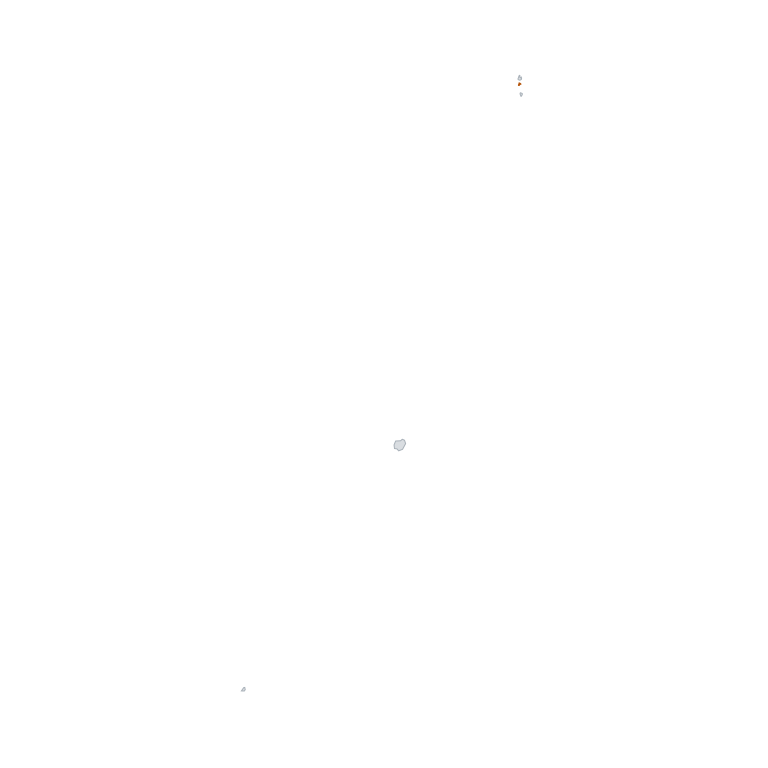 Udot, Federated States of Micronesia (highlighted), rotated 104°
{"feature_id": "79324940B84620093973822", "entity_name": "Udot", "entity_type": "district", "adm_level": 2, "iso_a3": "FSM", "parent_name": "Federated States of Micronesia", "parent_adm1": "", "projection": "mercator", "projection_center": [151.721, 7.382], "detail": "fine", "context": "in_parent", "style": "filled", "palette": "amber", "viewbox_px": 768, "rotation_deg": 104, "n_neighbors": 0, "source": "geoboundaries", "source_scale": "gbopen_adm2", "svg_char_len": 1201}
<svg xmlns="http://www.w3.org/2000/svg" viewBox="0 0 768 768"><g transform="rotate(104 384 384)"><path d="M444.1,358.2L440.7,359.5L436.5,358.9L435.1,354.2L433.2,352.9L433.6,350.5L436.6,348.6L442.9,350.2L445.3,353.6L443.8,355.8L444.1,358.2ZM56.3,327.0L55.8,327.8L52.2,327.5L51.7,327.0L52.0,326.7L53.7,326.3L53.9,325.3L53.1,325.1L53.8,324.5L55.2,324.4L56.0,325.1L56.4,326.0L56.3,327.0ZM715.7,445.3L716.3,448.1L712.6,446.7L712.1,445.7L714.2,444.7L715.7,445.3ZM69.9,322.0L68.9,322.3L68.4,322.0L68.6,320.5L68.9,320.0L69.9,319.9L71.5,320.3L71.7,320.7L69.9,322.0Z" fill="#d9dde1" stroke="#a8b0b8" stroke-width="1"/><path d="M60.1,325.1L60.2,325.3L60.3,325.3L60.4,325.5L60.5,325.5L60.8,325.5L61.0,325.6L61.2,325.4L61.3,325.4L61.4,325.5L61.5,325.5L61.5,325.4L61.5,325.2L61.5,325.3L61.4,325.3L61.4,325.2L61.2,325.1L60.9,325.1L60.7,325.1L60.6,324.9L60.4,324.8L60.4,324.7L60.2,324.6L60.1,324.4L60.0,324.2L59.9,324.1L59.8,324.3L59.7,324.4L59.6,324.5L59.6,324.8L59.6,325.0L59.4,325.2L59.4,325.3L59.4,325.5L59.5,325.5L59.5,325.4L59.7,325.2L59.8,325.2L60.0,325.2L60.1,325.1ZM59.8,324.3L59.8,324.2L59.8,324.3L59.8,324.3ZM59.8,324.3L59.8,324.2L59.8,324.3Z" fill="#f59e0b" stroke="#b45309" stroke-width="1.5"/></g></svg>